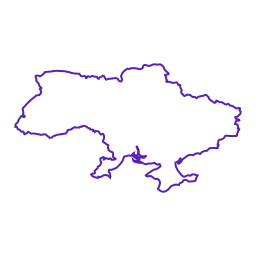 outline of Ukraine
{"feature_id": "UKR", "entity_name": "Ukraine", "entity_type": "country or territory", "adm_level": 0, "iso_a3": "UKR", "parent_name": "Europe", "parent_adm1": "", "projection": "natural_earth1", "projection_center": [31.244, 48.371], "detail": "fine", "context": "isolated", "style": "outline", "palette": "violet", "viewbox_px": 256, "rotation_deg": 0, "n_neighbors": 0, "source": "natural_earth", "source_scale": "50m", "svg_char_len": 5838}
<svg xmlns="http://www.w3.org/2000/svg" viewBox="0 0 256 256"><path d="M177.8,170.4L180.9,174.5L182.4,176.0L183.5,176.6L184.8,176.7L187.2,175.5L188.3,175.3L190.6,175.7L191.4,174.9L192.5,174.4L194.1,174.4L197.7,175.4L196.2,178.0L195.5,180.7L193.4,181.3L191.2,181.3L188.9,181.7L187.4,180.6L186.4,180.1L185.0,179.8L183.7,180.2L182.3,182.1L179.7,183.4L178.9,185.0L176.3,184.6L174.2,184.9L171.0,186.3L168.6,189.2L166.0,191.1L163.9,191.7L161.9,191.5L160.6,191.0L158.0,189.0L158.1,188.3L159.0,186.9L160.0,183.3L159.9,182.1L159.2,180.2L157.2,178.7L155.5,179.0L154.5,178.6L151.1,176.1L149.2,176.0L147.2,176.5L146.4,176.1L145.8,175.2L149.9,172.2L153.9,169.6L155.6,169.4L158.0,168.2L160.5,166.4L160.1,165.1L159.6,164.0L157.5,164.7L155.4,163.6L154.6,162.8L151.3,163.6L149.5,163.5L145.4,164.2L143.5,163.5L139.8,161.4L138.4,161.0L137.2,161.0L136.5,160.4L137.3,160.0L139.2,159.7L139.5,159.3L139.4,158.7L137.5,158.1L135.7,158.0L133.7,156.6L135.7,156.6L137.8,157.2L141.0,157.4L143.9,157.9L146.6,155.7L143.8,156.5L140.9,156.0L139.9,155.2L139.0,154.2L138.6,152.9L138.8,151.8L138.5,149.8L137.2,146.9L136.2,146.0L137.2,148.1L137.6,149.4L138.2,150.7L138.0,154.0L137.7,155.1L136.5,155.4L133.4,154.9L133.8,153.1L132.9,153.7L131.7,155.4L130.7,155.7L128.4,155.5L124.0,156.7L123.1,159.7L122.3,161.3L120.4,163.9L116.7,167.7L111.6,169.9L109.9,169.6L109.1,170.1L108.8,170.7L108.8,172.1L109.7,173.0L110.4,176.2L110.1,177.6L108.3,175.8L106.2,175.0L103.9,175.2L101.4,176.6L99.7,177.1L98.3,176.7L98.1,177.4L98.4,177.7L98.0,178.0L94.1,177.0L92.4,176.1L91.1,174.5L92.3,173.7L94.7,173.4L94.9,172.5L94.7,171.0L95.6,169.9L96.9,168.9L97.7,168.0L97.8,166.6L99.3,165.9L100.5,164.8L100.8,163.5L101.3,162.7L100.5,160.9L100.4,159.7L100.3,158.7L100.7,158.2L103.1,157.1L103.6,157.1L103.8,157.4L103.8,159.5L104.5,159.3L105.1,158.1L105.6,158.4L106.2,158.5L107.1,158.3L108.3,159.0L109.0,159.2L110.2,158.4L110.8,158.5L111.9,159.9L114.9,159.5L115.6,158.8L113.0,156.9L113.2,153.9L112.9,153.0L112.4,152.2L110.4,151.4L108.9,150.5L108.6,150.1L108.5,148.7L107.9,148.0L107.8,147.4L108.2,146.5L108.3,145.5L108.2,145.1L106.2,144.2L105.6,143.4L103.4,142.1L103.1,141.6L103.0,140.9L103.8,138.9L104.1,137.7L104.1,137.0L103.9,135.3L103.1,134.0L102.7,133.8L101.1,134.5L100.5,134.2L99.8,133.5L98.7,131.5L95.6,131.0L94.8,132.0L94.3,131.1L93.8,130.8L93.2,131.1L93.1,130.8L93.3,130.0L92.6,129.6L91.0,129.6L90.1,129.3L90.0,128.7L89.5,128.3L88.5,128.1L87.6,127.6L86.7,126.7L85.4,126.2L83.4,125.8L81.5,126.8L80.7,126.5L79.3,127.5L75.2,127.5L74.5,127.2L71.9,128.7L71.6,129.3L67.7,130.1L67.3,131.6L65.8,133.5L57.0,134.8L53.2,136.3L52.0,137.5L49.7,137.9L45.8,134.5L44.7,134.3L40.8,134.9L39.3,134.3L38.6,134.4L34.4,133.5L31.1,133.6L28.6,132.1L27.8,132.0L26.7,133.3L24.4,134.3L24.2,134.1L24.1,133.5L24.2,132.9L23.2,131.7L22.0,131.7L20.8,131.3L20.1,130.1L18.9,129.5L18.0,129.3L17.6,128.8L16.9,126.9L15.4,126.9L15.6,124.3L17.6,122.4L18.9,119.4L20.7,116.9L20.9,116.3L21.4,116.2L24.2,117.1L24.6,116.8L24.7,116.1L23.0,114.7L23.4,112.7L22.6,108.8L23.3,107.8L27.6,103.1L30.5,100.3L36.3,95.5L39.5,95.0L40.6,93.4L41.0,93.1L41.1,91.7L40.6,90.0L39.8,89.0L40.0,88.7L40.8,88.5L41.4,88.1L41.3,87.7L40.0,86.6L39.4,85.8L38.6,83.6L36.2,80.7L36.2,80.1L36.5,79.4L36.2,78.5L35.6,77.5L35.7,76.0L36.9,75.5L38.0,75.6L38.9,75.8L39.9,76.4L42.1,75.1L44.1,73.4L44.6,72.4L45.1,72.0L51.3,71.5L53.8,71.0L56.3,70.8L64.3,71.2L70.1,72.3L70.8,72.8L74.7,73.5L79.3,73.8L81.1,76.2L84.9,76.1L85.9,76.6L85.8,77.9L86.0,78.1L86.6,78.0L87.7,76.5L88.0,76.3L89.9,76.8L90.8,76.7L91.5,76.1L92.0,76.0L95.0,76.7L96.3,76.8L97.1,77.1L97.7,78.4L98.7,78.8L99.5,77.6L100.2,77.1L101.8,76.6L102.8,75.8L103.3,75.7L103.8,75.9L104.2,76.5L105.7,79.1L106.3,79.6L108.9,78.8L113.3,78.4L115.2,78.0L116.4,78.1L118.2,79.3L118.5,80.5L119.9,81.3L121.1,81.5L121.5,80.6L122.2,80.0L121.8,78.2L121.0,76.2L121.6,74.8L122.6,72.8L123.7,71.5L126.5,69.1L127.7,68.7L129.4,69.1L131.0,68.2L133.8,68.2L136.3,68.3L138.7,69.1L140.5,69.1L142.5,68.1L143.4,65.6L144.3,65.0L145.2,65.0L148.9,65.9L150.0,65.8L153.1,64.5L154.8,64.3L156.8,64.6L160.3,64.4L161.3,64.9L162.6,65.9L163.7,67.4L165.0,70.2L168.5,73.3L168.6,73.9L168.3,74.3L165.1,74.9L165.1,75.5L166.1,76.9L166.2,79.0L166.5,79.9L167.1,80.3L167.2,80.7L166.4,81.6L166.6,81.8L169.8,81.9L172.5,82.9L176.9,82.4L177.2,82.8L178.1,84.7L178.6,84.9L180.0,84.9L180.3,85.3L180.0,85.8L180.0,86.4L180.4,87.2L180.9,88.8L181.7,90.0L181.7,90.7L181.1,91.8L181.4,92.9L182.4,94.2L183.1,94.5L183.7,95.6L184.7,96.0L187.3,94.6L190.2,95.0L191.1,95.7L191.8,96.5L192.6,97.0L193.3,96.8L195.0,97.0L196.5,98.2L198.2,96.9L201.0,96.1L202.8,95.9L205.4,94.9L206.4,95.0L207.4,96.1L208.4,96.9L208.7,98.1L210.0,99.8L214.3,102.8L215.6,102.5L215.8,102.2L215.9,101.1L216.3,100.7L216.9,100.7L219.4,102.1L221.8,102.2L225.2,104.3L226.6,104.4L228.4,103.8L230.1,105.6L232.1,105.8L236.1,108.3L237.3,108.4L239.2,107.9L239.9,108.2L240.1,108.8L239.6,109.5L239.7,110.5L240.6,111.5L240.6,112.5L240.4,113.4L240.0,114.2L237.8,116.4L235.3,117.3L235.6,118.1L236.2,118.8L239.2,119.8L239.4,120.3L239.2,120.5L238.2,120.7L236.8,120.5L235.7,121.6L235.0,124.0L236.6,124.3L237.5,124.7L238.1,126.7L238.3,127.6L237.8,128.1L237.8,128.6L239.2,129.1L239.2,129.6L238.3,130.7L237.1,134.0L237.1,135.2L236.6,135.9L232.3,136.1L226.1,135.7L225.1,136.0L223.9,138.0L222.9,138.8L221.3,139.5L219.5,139.7L218.5,140.5L218.2,141.8L218.2,142.9L217.6,144.3L217.7,144.7L218.6,145.0L218.4,145.7L217.9,146.1L217.6,146.7L217.8,148.0L217.4,148.2L213.0,147.9L209.4,148.3L206.9,150.8L205.3,150.8L203.2,151.5L201.7,152.3L200.0,154.1L198.7,153.3L197.0,153.3L195.4,153.8L193.5,155.0L192.5,155.2L190.3,154.8L187.8,155.5L182.5,159.4L180.7,162.3L180.0,162.9L179.1,163.6L177.6,163.9L181.0,161.1L181.1,159.6L180.3,158.5L178.2,161.3L175.5,162.5L175.5,164.4L175.7,165.8L176.3,167.5L177.8,170.4ZM141.2,163.1L135.5,162.1L133.8,161.4L133.3,160.6L133.1,159.6L134.7,161.2L139.5,162.3L141.2,163.1Z" fill="none" stroke="#5b21b6" stroke-width="2"/></svg>